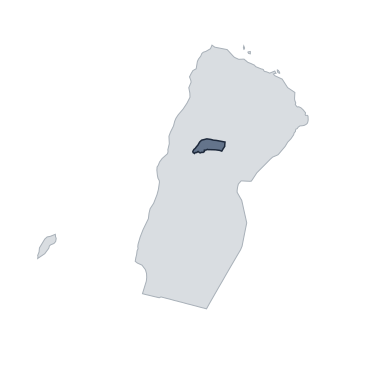 Jardan, Shabwah, Yemen (highlighted), rotated 129°
{"feature_id": "15242507B34069744154073", "entity_name": "Jardan", "entity_type": "district", "adm_level": 2, "iso_a3": "YEM", "parent_name": "Yemen", "parent_adm1": "Shabwah", "projection": "albers", "projection_center": [46.986, 15.184], "detail": "fine", "context": "in_parent", "style": "filled", "palette": "slate", "viewbox_px": 384, "rotation_deg": 129, "n_neighbors": 0, "source": "geoboundaries", "source_scale": "gbopen_adm2", "svg_char_len": 4093}
<svg xmlns="http://www.w3.org/2000/svg" viewBox="0 0 384 384"><g transform="rotate(129 192 192)"><path d="M302.2,166.5L290.0,171.4L286.8,173.5L283.9,176.1L281.7,179.3L280.3,184.8L281.6,189.8L281.6,192.5L278.4,194.3L275.4,195.7L272.2,197.7L270.1,198.2L268.5,199.8L266.6,201.0L259.7,203.9L252.2,206.3L240.2,209.1L235.6,212.0L231.4,214.0L224.9,214.7L216.1,217.5L211.2,219.7L205.1,223.3L203.8,224.5L202.7,227.1L200.9,229.3L197.2,233.0L194.5,234.9L192.6,235.0L189.0,236.1L184.8,236.3L177.6,235.1L175.8,236.0L174.3,237.4L168.8,240.0L163.2,245.0L159.1,246.4L152.4,247.9L147.8,250.0L144.7,250.9L140.6,251.3L133.2,251.1L126.1,251.8L119.6,253.2L116.5,255.9L113.0,260.1L107.2,261.8L105.9,263.3L104.1,266.4L100.4,267.2L97.0,267.7L93.6,266.3L87.1,270.0L84.6,270.6L80.9,270.7L78.2,271.5L76.3,271.2L74.0,269.7L69.0,267.8L65.3,268.9L65.1,265.4L59.2,254.3L60.6,244.8L60.6,243.5L59.5,239.2L56.0,235.2L56.1,230.3L55.0,226.8L54.1,223.1L54.4,222.2L54.5,221.3L52.8,215.7L52.2,214.5L52.0,213.4L52.6,212.5L52.6,211.4L51.7,209.7L50.7,206.4L45.9,203.8L46.9,201.4L47.8,202.3L49.1,203.0L49.4,201.5L49.4,200.3L47.5,193.0L50.7,183.4L49.9,174.7L54.6,171.3L55.7,170.3L56.4,169.3L57.5,167.4L59.0,166.8L59.6,164.7L59.6,163.6L58.6,162.7L58.0,160.3L58.2,157.2L58.5,155.9L59.0,153.6L60.7,152.7L61.0,152.0L59.8,150.5L60.0,149.6L62.7,147.2L63.8,146.5L65.6,145.7L67.0,145.7L68.5,146.2L69.9,146.9L71.3,148.2L72.7,149.7L74.9,150.3L76.5,150.1L77.7,150.8L78.7,150.5L79.9,149.7L81.8,149.8L83.6,149.0L88.4,148.6L93.1,149.0L98.0,148.3L102.9,148.4L107.8,148.5L108.9,148.6L110.0,149.1L114.1,151.3L117.2,151.8L123.6,152.4L130.3,153.1L136.2,153.7L141.1,153.2L145.3,152.8L146.4,152.8L147.6,154.2L150.1,157.6L152.4,160.8L156.6,161.0L159.2,159.8L162.1,158.1L163.8,156.8L165.9,151.5L167.2,148.1L170.2,144.3L172.7,141.2L176.1,136.9L177.9,134.6L181.6,130.0L185.1,128.2L191.8,124.7L198.4,121.2L202.6,119.0L206.3,117.9L212.4,117.0L219.6,115.9L226.8,114.8L234.5,113.6L243.0,112.2L248.9,111.3L256.3,110.1L262.5,109.1L268.0,108.2L273.7,107.2L274.8,109.8L276.0,112.3L277.1,114.8L278.2,117.3L279.4,119.9L280.5,122.4L281.7,124.9L282.8,127.4L283.9,130.0L285.1,132.5L286.2,135.0L287.4,137.5L288.5,140.1L289.6,142.6L290.8,145.1L291.9,147.6L293.1,150.1L294.8,150.9L295.9,153.2L297.5,156.5L299.1,159.9L300.7,163.2L302.2,166.5ZM322.0,268.6L323.6,268.9L325.9,267.9L332.6,267.6L340.8,270.1L339.3,270.9L338.4,272.0L334.9,273.1L331.4,275.4L321.2,276.8L318.1,276.3L315.6,274.2L310.9,271.6L312.7,269.8L313.1,269.0L313.7,268.2L316.3,266.8L318.9,266.9L322.0,268.6ZM48.4,236.1L48.1,236.6L47.7,236.5L46.1,235.1L47.9,233.6L48.7,235.1L48.4,236.1ZM44.2,201.9L43.4,202.5L43.2,201.5L43.8,199.3L44.6,198.6L45.1,200.3L44.7,201.2L44.2,201.9ZM47.5,242.9L45.9,243.7L47.0,241.7L48.2,241.3L48.5,241.4L47.5,242.9Z" fill="#d9dde1" stroke="#a8b0b8" stroke-width="1"/><path d="M151.6,217.0L151.9,216.9L152.1,216.9L152.3,216.9L152.5,216.9L152.9,217.0L153.1,217.0L153.4,217.0L153.6,217.0L153.8,217.0L154.0,217.0L154.4,217.0L154.6,217.0L154.8,217.0L155.1,217.0L155.3,216.9L155.5,216.9L155.9,216.9L156.1,217.0L156.3,217.0L156.5,217.0L157.0,217.1L157.4,217.2L157.7,217.3L158.8,217.1L159.5,217.0L159.8,216.9L160.1,216.8L160.3,216.6L160.4,216.4L160.5,216.2L160.6,215.8L160.7,215.6L160.6,215.4L160.4,215.1L160.4,214.9L160.4,214.7L160.5,214.5L160.5,214.3L160.3,214.3L160.1,214.3L159.9,214.3L159.7,214.3L159.4,214.2L159.2,214.2L158.9,213.8L158.7,213.7L158.6,213.4L158.4,213.2L158.2,213.2L157.8,213.0L157.6,213.0L157.4,213.0L157.2,212.9L156.8,212.9L156.6,212.7L156.7,212.3L156.7,212.0L156.6,210.6L156.2,210.0L156.1,209.9L155.2,209.6L154.3,208.3L154.2,208.3L153.8,208.2L153.6,208.2L153.4,208.1L153.2,208.0L153.1,207.9L152.8,207.8L152.5,208.2L152.3,208.4L151.9,208.5L151.7,208.7L150.7,207.6L149.2,206.9L149.2,206.5L149.0,206.2L148.9,206.0L148.7,205.9L144.5,200.4L142.3,196.8L141.5,194.6L138.0,195.1L137.6,195.1L136.0,195.3L135.9,195.3L135.7,195.5L134.9,196.1L132.4,197.8L133.1,199.1L136.5,205.4L136.9,206.0L138.2,207.9L139.2,210.3L141.3,213.8L141.7,214.2L143.1,215.2L144.4,216.2L145.3,216.9L145.8,217.2L146.0,217.2L148.3,217.5L151.6,217.0Z" fill="#64748b" stroke="#1e293b" stroke-width="1.5"/></g></svg>